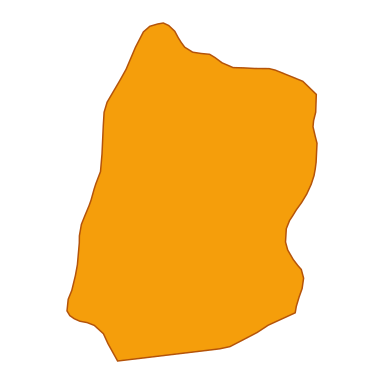 the district of San Gabriel, Suchitepéquez, Guatemala
{"feature_id": "79465075B61166037793938", "entity_name": "San Gabriel", "entity_type": "district", "adm_level": 2, "iso_a3": "GTM", "parent_name": "Guatemala", "parent_adm1": "Suchitepéquez", "projection": "robinson", "projection_center": [-91.514, 14.509], "detail": "fine", "context": "isolated", "style": "filled", "palette": "amber", "viewbox_px": 384, "rotation_deg": 0, "n_neighbors": 0, "source": "geoboundaries", "source_scale": "gbopen_adm2", "svg_char_len": 1050}
<svg xmlns="http://www.w3.org/2000/svg" viewBox="0 0 384 384"><path d="M117.6,361.0L219.8,348.8L230.0,346.6L257.1,332.5L268.2,325.2L295.2,312.8L296.3,306.4L299.1,297.0L302.1,288.6L303.6,278.2L301.3,269.5L297.7,265.4L293.2,259.5L287.7,250.0L285.5,242.0L286.3,228.7L289.6,220.4L292.6,215.9L296.4,209.7L301.5,202.7L306.7,194.1L311.2,184.3L314.0,175.7L315.2,169.2L316.1,162.3L317.0,143.3L315.1,135.8L313.0,126.8L313.6,120.6L315.7,112.2L316.3,94.4L302.8,81.3L275.2,70.1L269.1,68.6L254.8,68.5L243.9,67.9L233.1,67.6L222.0,62.8L214.9,57.5L209.6,54.3L201.2,53.5L192.7,52.2L184.7,47.2L181.2,42.5L178.1,37.5L174.8,31.3L168.7,25.5L163.3,23.0L157.6,24.0L149.8,26.3L143.4,31.9L135.5,47.2L126.1,69.3L119.8,80.6L107.1,102.2L104.1,112.3L103.3,125.5L102.0,154.1L100.5,171.6L95.8,183.9L94.1,189.2L91.0,200.3L89.1,205.6L84.6,216.4L81.4,224.4L79.4,235.8L79.3,243.0L77.4,264.7L75.4,275.6L71.8,290.4L68.2,299.3L67.0,310.9L69.8,315.6L74.2,318.7L79.8,321.2L87.2,322.6L94.3,325.4L103.4,333.7L108.0,343.7L117.6,361.0Z" fill="#f59e0b" stroke="#b45309" stroke-width="1.5"/></svg>